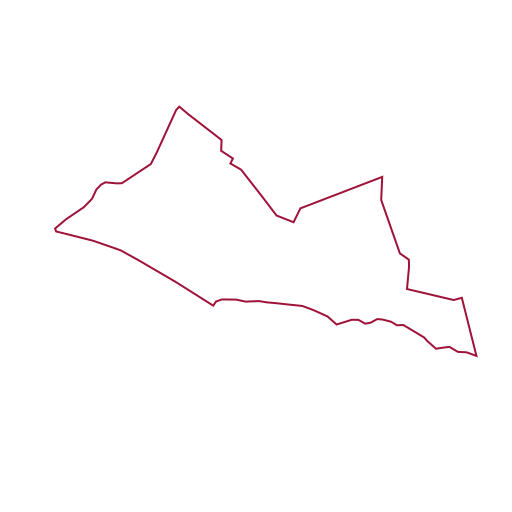 Chilanzar, Tashkent, Uzbekistan (orthographic projection), rotated 71°
{"feature_id": "79887680B30402232719617", "entity_name": "Chilanzar", "entity_type": "district", "adm_level": 2, "iso_a3": "UZB", "parent_name": "Uzbekistan", "parent_adm1": "Tashkent", "projection": "orthographic", "projection_center": [69.178, 41.232], "detail": "fine", "context": "isolated", "style": "outline", "palette": "rose", "viewbox_px": 512, "rotation_deg": 71, "n_neighbors": 0, "source": "geoboundaries", "source_scale": "gbopen_adm2", "svg_char_len": 973}
<svg xmlns="http://www.w3.org/2000/svg" viewBox="0 0 512 512"><g transform="rotate(71 256 256)"><path d="M289.0,312.6L286.0,308.6L286.0,302.3L287.7,297.5L290.9,288.7L295.7,280.8L299.7,267.6L303.3,261.0L306.8,253.1L312.6,240.8L318.3,228.5L325.4,219.8L336.4,208.1L347.0,202.1L347.5,186.1L349.7,180.0L355.5,174.8L356.4,169.5L355.1,161.9L357.3,157.0L362.2,149.6L367.4,145.3L369.2,139.2L387.7,123.6L392.6,121.5L402.3,116.0L403.2,110.7L404.9,102.7L412.4,96.3L415.6,88.3L422.2,80.1L362.5,75.0L362.0,83.4L336.4,124.0L315.8,114.7L309.2,112.7L300.4,119.1L243.8,119.4L222.3,110.9L225.4,198.5L236.3,209.5L224.4,223.4L202.0,230.8L169.5,242.0L160.2,250.1L156.3,246.1L145.2,254.7L135.1,250.8L99.9,273.9L89.8,279.9L92.0,284.0L126.1,316.4L134.8,325.5L143.5,359.1L142.2,363.5L137.3,374.5L138.1,379.4L141.2,385.3L148.6,392.5L153.8,402.9L159.4,423.5L164.6,437.0L167.7,437.0L188.5,405.1L206.6,382.1L221.6,368.6L254.6,340.2L289.0,312.6Z" fill="none" stroke="#9f1239" stroke-width="2"/></g></svg>